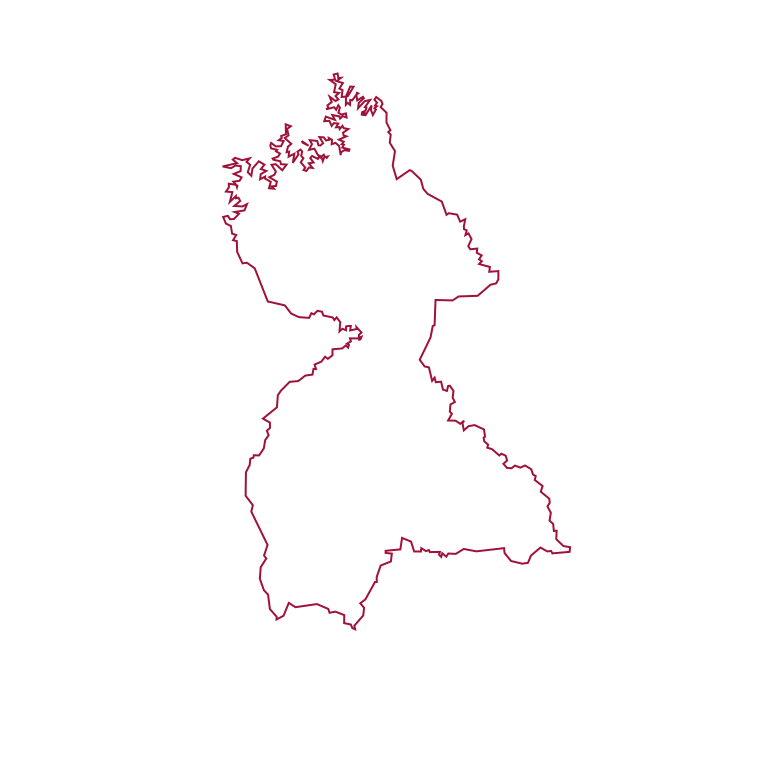 the district of Ponta Porã, Mato Grosso do Sul, Brazil, rotated 26°
{"feature_id": "56859067B33794589562387", "entity_name": "Ponta Porã", "entity_type": "district", "adm_level": 2, "iso_a3": "BRA", "parent_name": "Brazil", "parent_adm1": "Mato Grosso do Sul", "projection": "orthographic", "projection_center": [-55.695, -22.2], "detail": "fine", "context": "isolated", "style": "outline", "palette": "rose", "viewbox_px": 768, "rotation_deg": 26, "n_neighbors": 0, "source": "geoboundaries", "source_scale": "gbopen_adm2", "svg_char_len": 6172}
<svg xmlns="http://www.w3.org/2000/svg" viewBox="0 0 768 768"><g transform="rotate(26 384 384)"><path d="M341.3,354.1L333.4,357.9L335.6,360.2L333.1,363.9L335.3,364.2L335.8,367.0L332.8,366.1L330.8,370.4L322.5,375.4L325.1,380.7L322.5,386.0L319.1,385.3L317.9,391.3L313.1,397.0L316.4,400.4L314.0,401.3L315.6,406.9L309.6,410.9L305.6,419.0L298.3,423.4L294.3,435.1L293.5,440.6L298.0,451.9L290.4,468.2L298.4,468.7L300.8,473.5L299.2,477.3L302.8,480.7L301.8,486.5L304.2,494.6L303.0,503.0L298.2,505.1L298.9,507.4L296.6,509.8L298.8,515.7L298.6,523.9L308.6,545.1L319.2,550.4L320.7,556.9L349.9,579.7L351.4,590.8L354.7,592.4L353.5,602.7L357.8,613.5L366.5,622.0L372.1,624.1L380.1,636.3L389.5,640.2L390.6,642.7L395.3,636.4L394.4,622.5L402.3,623.4L420.2,611.2L432.5,610.6L435.4,613.5L440.1,609.9L449.6,609.1L453.0,616.4L459.6,614.7L462.6,617.3L465.6,617.1L463.3,614.3L466.8,601.1L464.2,593.9L458.8,591.5L461.7,585.7L462.7,565.9L464.3,565.1L462.0,560.6L460.6,548.6L468.0,540.5L465.4,533.0L459.5,535.1L458.6,533.2L471.2,525.5L467.7,514.4L477.4,513.8L484.5,521.3L490.6,518.4L489.5,515.2L495.0,515.8L497.1,513.6L498.8,515.0L507.9,510.4L508.3,513.3L511.2,514.3L510.6,510.6L515.7,511.9L516.1,508.2L523.0,505.2L528.0,497.3L540.4,493.9L563.9,478.9L566.4,483.0L575.8,487.4L587.0,484.9L591.8,481.6L591.3,473.8L596.3,462.4L604.2,462.9L607.3,460.8L609.6,462.4L624.4,453.5L622.8,449.1L616.3,451.0L606.9,448.0L603.5,440.2L601.1,441.6L597.3,435.5L592.7,434.3L590.4,426.6L584.6,422.4L585.0,418.1L582.8,414.6L572.1,412.1L571.3,406.2L561.6,404.2L560.7,400.2L557.5,400.0L553.8,396.1L546.5,395.4L543.3,399.3L537.4,400.0L535.6,403.8L531.4,405.5L526.3,403.4L528.2,398.8L524.8,395.1L520.1,395.2L519.0,397.7L509.6,395.2L504.7,396.0L504.2,392.9L499.3,391.6L497.1,388.6L497.9,387.0L493.8,381.0L483.5,381.2L478.5,384.8L476.1,390.7L471.6,384.6L472.2,381.8L470.0,386.4L464.4,385.6L457.6,388.7L458.1,381.0L455.3,380.0L452.7,373.3L455.6,369.1L451.7,366.2L449.5,359.8L443.9,356.7L442.5,357.6L443.6,362.6L439.5,363.2L434.3,356.9L429.8,359.7L426.7,356.1L425.9,360.1L417.1,349.4L412.8,350.4L405.5,346.6L405.4,321.7L402.4,310.5L403.7,309.0L393.5,285.9L409.0,278.8L412.7,272.6L429.5,263.7L436.2,248.1L440.7,244.4L440.9,239.8L437.3,232.4L429.4,237.0L427.9,232.4L416.9,234.5L418.1,230.8L414.8,230.3L415.4,225.6L409.9,225.4L408.4,221.4L402.5,225.1L399.3,223.2L399.1,215.3L393.9,211.6L391.9,214.4L391.0,209.7L388.0,209.7L386.7,207.4L384.8,200.3L381.3,204.7L375.5,199.7L367.4,202.1L366.0,204.5L356.0,194.7L339.9,194.0L333.8,191.4L327.5,184.2L315.5,180.4L313.4,180.5L305.6,194.3L296.1,183.9L291.8,169.9L283.4,164.6L280.7,156.9L277.4,155.7L278.5,153.1L271.6,147.9L267.4,139.1L259.6,136.6L259.9,132.9L257.6,130.8L251.2,129.5L250.8,132.7L254.4,134.2L253.9,137.7L255.9,137.4L254.5,140.4L256.4,140.8L256.1,147.1L251.9,143.2L250.8,139.0L249.5,150.5L246.0,151.7L245.1,149.4L247.6,146.4L247.0,143.2L245.5,143.5L247.0,134.8L242.7,138.2L239.8,147.5L238.1,142.4L240.6,136.0L239.2,135.1L235.6,140.8L232.3,136.0L231.1,143.0L229.1,143.4L231.1,148.0L228.0,147.3L227.3,149.7L223.8,142.3L220.1,144.6L217.9,138.0L214.4,138.1L215.1,131.5L208.7,132.5L211.1,127.7L208.8,129.0L206.2,125.3L203.1,127.9L206.7,131.9L201.9,134.5L209.2,135.7L211.2,143.6L216.0,142.1L214.2,146.4L218.2,148.2L216.5,150.9L209.2,149.6L213.4,153.5L211.0,158.4L212.8,159.9L211.6,162.5L217.9,157.1L220.8,158.5L220.7,153.5L223.2,154.9L224.1,160.1L227.5,160.6L231.1,157.5L233.5,160.9L229.6,161.3L228.2,164.6L226.7,163.0L219.6,164.9L224.1,168.1L214.5,169.2L215.1,174.0L219.5,171.4L223.8,175.0L224.6,171.5L228.7,170.0L228.4,174.3L231.3,172.7L232.4,174.3L233.5,170.2L235.6,171.7L240.2,170.5L237.0,176.1L238.7,178.3L241.6,177.9L236.4,184.1L241.6,183.9L240.9,187.0L243.1,186.5L242.9,189.8L250.1,188.3L250.3,189.8L245.8,191.3L243.8,194.7L244.7,197.3L239.5,189.9L234.7,188.5L231.9,191.4L230.2,187.3L226.5,187.1L227.6,188.7L225.1,190.5L221.8,188.7L217.7,190.4L223.7,194.2L222.3,197.5L220.4,198.2L217.4,194.8L210.4,197.4L214.1,199.9L214.0,206.4L218.3,203.0L224.0,207.1L228.0,207.1L229.4,204.3L230.8,205.5L231.3,210.5L229.1,208.2L225.8,208.9L225.9,210.7L219.4,210.6L218.7,213.3L223.6,215.8L219.7,218.6L225.1,221.1L221.7,222.3L220.8,226.6L217.9,226.9L218.4,224.1L212.0,221.2L212.6,216.4L209.6,215.3L208.5,210.8L206.2,209.9L204.4,213.1L206.5,215.0L205.1,225.2L202.5,216.3L198.6,221.5L196.9,216.7L194.9,218.3L193.6,212.8L195.4,208.8L187.0,206.4L189.2,202.4L185.1,197.2L187.2,193.2L181.8,193.7L186.4,202.5L182.9,206.2L184.2,207.6L182.5,211.0L187.3,209.6L187.2,215.4L182.6,217.9L176.9,216.8L177.2,219.4L179.2,221.7L185.2,220.4L184.9,222.2L189.5,222.5L189.2,226.0L185.1,230.2L186.3,230.9L193.1,229.3L195.1,231.6L200.2,229.5L198.9,236.5L190.3,233.9L186.8,236.3L193.7,240.5L193.8,244.0L190.3,248.4L199.0,249.1L200.1,253.4L196.4,255.6L199.4,256.7L194.8,258.5L193.6,251.9L186.9,251.5L186.2,249.7L182.9,254.3L181.2,249.5L184.8,244.1L179.1,244.7L180.4,239.3L173.9,238.7L171.3,248.0L173.5,255.0L168.7,253.4L167.6,245.7L163.1,244.6L164.3,240.1L158.4,245.0L151.0,246.0L149.7,248.6L155.1,249.9L143.6,259.2L151.9,257.1L154.8,252.7L159.8,251.0L161.8,255.5L156.9,261.0L165.4,260.7L165.1,264.6L159.9,268.2L163.9,269.8L156.7,272.0L158.4,275.3L157.6,280.3L163.6,278.0L165.6,287.9L168.5,280.0L169.5,282.0L171.5,280.4L174.5,282.5L171.4,289.6L178.9,286.5L182.0,282.4L182.5,289.1L174.4,294.9L179.0,294.6L176.8,301.5L173.4,303.4L169.9,301.3L166.2,304.4L171.6,309.1L177.1,309.1L181.5,315.4L185.9,314.9L185.3,320.9L189.1,320.1L194.1,329.6L203.9,337.6L207.7,335.1L217.1,336.7L243.4,360.8L260.4,356.8L269.7,361.4L278.2,361.2L287.7,357.4L287.7,352.2L290.5,352.1L292.1,347.4L296.6,346.2L299.4,349.0L308.7,346.7L311.4,348.3L312.2,344.9L317.6,347.6L320.9,356.2L322.4,352.6L326.3,352.3L324.7,348.9L326.1,347.7L328.7,346.4L330.1,350.7L335.4,346.5L334.3,344.9L341.2,347.6L339.9,350.7L341.3,354.1ZM341.3,354.1L342.1,352.3L343.1,351.3L343.3,354.0L342.3,355.1L341.3,354.1ZM233.7,204.2L233.4,205.9L232.1,205.4L233.7,204.2ZM163.9,269.8L165.3,270.1L165.6,271.6L163.9,269.8ZM223.8,142.3L225.3,141.3L226.3,130.2L223.2,131.5L223.8,142.3ZM205.1,202.8L211.8,202.9L203.6,201.7L205.1,202.8ZM248.6,149.3L247.2,148.2L246.7,149.8L248.6,149.3ZM232.3,136.0L233.4,134.1L232.1,134.1L232.3,136.0Z" fill="none" stroke="#9f1239" stroke-width="2"/></g></svg>